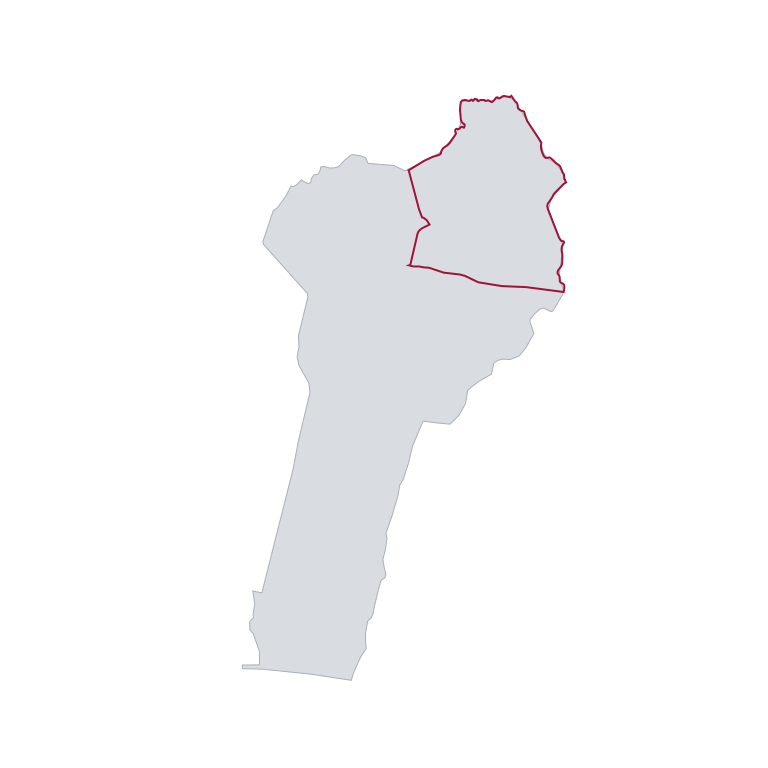 location of Alibori within Benin, rotated 14°
{"feature_id": "BEN-2170", "entity_name": "Alibori", "entity_type": "Department", "adm_level": 1, "iso_a3": "BEN", "parent_name": "Benin", "parent_adm1": "", "projection": "orthographic", "projection_center": [2.909, 11.459], "detail": "fine", "context": "in_parent", "style": "outline", "palette": "rose", "viewbox_px": 768, "rotation_deg": 14, "n_neighbors": 0, "source": "natural_earth", "source_scale": "10m", "svg_char_len": 4281}
<svg xmlns="http://www.w3.org/2000/svg" viewBox="0 0 768 768"><g transform="rotate(14 384 384)"><path d="M315.6,694.4L314.5,691.0L331.2,686.6L327.7,673.4L317.4,657.8L313.3,655.0L311.2,647.2L313.8,642.1L312.6,638.7L311.7,628.2L306.7,616.6L316.0,616.2L316.1,578.9L316.2,543.1L316.3,512.5L316.4,488.4L314.7,459.4L314.5,438.1L314.2,410.1L310.9,401.3L296.9,386.4L293.1,378.7L292.5,368.5L289.3,358.0L289.2,339.6L289.1,318.2L287.9,314.8L272.7,304.5L251.2,289.9L234.8,278.8L233.6,278.0L232.0,275.2L234.6,242.7L238.1,238.5L243.4,225.1L246.0,214.3L248.4,214.4L251.7,210.9L254.4,205.8L257.2,206.9L262.0,207.9L264.2,206.1L263.9,202.1L265.5,198.1L269.3,196.3L270.3,192.7L270.3,188.5L273.6,187.4L279.1,187.6L283.6,186.3L287.3,184.2L292.0,175.8L294.6,172.9L295.5,170.8L298.1,169.0L305.5,168.2L311.4,168.9L315.2,173.8L340.6,169.6L352.7,172.1L377.4,151.0L383.0,144.8L390.5,129.8L393.1,124.1L395.4,113.8L390.6,94.8L390.9,91.4L401.0,87.3L413.7,84.2L418.6,83.9L421.9,82.3L426.5,78.2L434.0,75.2L438.5,76.2L441.2,76.8L467.9,101.9L479.5,114.6L482.6,121.1L488.6,125.8L497.5,128.6L505.5,135.1L511.8,144.2L507.8,150.7L501.5,164.1L501.3,174.5L516.2,196.5L518.0,198.7L521.8,202.1L523.9,206.2L525.7,217.1L526.8,229.3L528.0,237.5L535.2,249.0L535.7,253.7L530.7,270.9L529.6,272.8L528.3,273.3L520.5,271.8L517.2,273.7L513.0,279.6L510.4,285.4L510.3,287.8L517.2,298.7L512.9,314.4L508.4,324.1L500.5,329.7L493.4,331.1L488.4,333.7L485.5,337.1L485.9,348.3L475.4,358.6L469.6,365.7L466.8,370.0L467.9,383.2L464.2,396.5L457.7,407.0L443.1,409.2L430.9,410.5L426.7,437.3L426.9,454.2L425.8,471.5L423.7,478.5L424.6,488.4L423.6,510.8L422.0,528.5L424.2,533.2L425.4,543.6L425.3,554.4L428.5,561.8L431.9,568.3L431.8,571.7L429.9,573.8L428.4,576.5L428.4,601.8L429.0,609.4L428.1,614.2L425.5,618.1L426.5,630.9L428.6,639.1L430.8,645.1L428.7,650.1L426.9,656.7L424.1,673.5L424.0,679.4L382.0,683.4L335.2,690.1L315.6,694.4Z" fill="#d9dde1" stroke="#a8b0b8" stroke-width="1"/><path d="M511.9,144.3L509.8,146.6L502.9,158.3L501.8,162.8L501.2,164.4L499.2,169.8L499.4,172.1L500.8,174.8L518.6,199.9L521.0,202.1L521.8,202.3L522.7,202.1L522.8,202.1L523.6,202.1L524.5,202.9L523.5,206.8L523.5,209.0L523.9,211.0L524.6,212.9L525.6,214.6L527.7,223.6L527.6,226.5L525.4,231.8L525.3,233.6L525.8,234.8L526.6,235.6L527.5,236.3L528.3,237.2L528.7,238.3L529.7,241.6L530.6,242.7L531.9,243.1L533.3,243.3L534.5,244.0L535.5,246.0L536.0,248.9L536.0,251.3L535.9,251.3L498.5,255.6L474.7,260.5L450.8,262.5L436.4,259.5L431.0,259.4L415.1,261.5L399.5,260.3L394.5,261.2L389.5,261.5L384.3,262.8L379.6,262.8L380.7,262.1L380.2,230.1L380.4,228.5L380.8,227.2L381.8,225.5L383.8,223.2L389.6,218.3L386.4,215.2L385.3,214.4L385.0,214.3L384.6,214.2L384.1,214.0L383.6,213.7L382.7,213.3L381.5,213.1L380.6,213.1L375.7,206.0L356.6,171.3L356.1,170.8L369.1,157.6L376.4,151.7L381.6,148.7L383.0,147.4L383.4,146.4L383.3,145.3L383.4,143.6L384.4,140.7L388.2,136.5L389.6,133.9L393.2,124.1L393.0,123.1L391.8,121.4L391.7,120.3L392.3,119.0L393.1,118.8L394.0,118.9L394.9,118.6L395.5,117.9L396.3,116.4L397.0,115.7L398.0,115.6L399.0,116.0L399.7,115.8L399.8,114.1L399.6,112.9L399.0,112.4L398.0,112.2L397.0,111.7L396.0,110.9L395.3,110.0L394.7,109.0L391.4,99.6L390.5,94.0L390.4,91.7L391.3,90.0L393.6,88.9L395.0,88.7L397.2,88.8L398.5,88.7L398.7,88.4L399.5,87.3L400.1,86.9L400.8,87.1L401.3,87.7L401.8,87.8L402.4,86.8L402.9,85.5L403.6,85.3L404.5,85.4L405.6,85.4L405.9,85.7L406.1,86.2L406.4,86.7L407.1,86.6L407.7,86.3L408.6,85.4L409.0,85.1L412.5,84.2L412.9,84.3L413.7,84.8L414.2,84.8L414.8,84.5L416.0,83.6L416.7,83.5L420.1,84.4L421.0,83.9L422.4,81.7L422.7,81.0L422.9,80.2L423.2,79.5L423.7,78.9L424.8,78.4L425.8,79.2L426.9,78.9L427.8,78.2L429.3,76.3L430.4,75.6L431.4,75.4L433.4,75.4L434.4,75.2L436.7,75.2L437.9,73.6L442.6,77.9L444.6,78.9L445.6,80.0L446.3,81.3L447.0,83.5L447.8,84.4L448.8,84.9L450.0,85.4L453.3,85.7L454.1,86.0L454.5,86.5L455.4,88.4L459.4,94.3L476.3,109.8L476.6,110.3L478.0,111.3L478.3,111.9L478.5,114.0L479.0,116.3L479.7,118.1L482.0,121.9L483.4,123.6L484.2,124.4L485.4,125.2L486.8,125.5L488.1,124.9L489.5,124.1L490.7,124.3L491.7,124.9L492.8,125.3L497.2,128.0L500.8,129.3L501.9,130.1L502.7,130.8L506.1,135.5L506.7,136.1L507.3,136.5L507.7,136.9L508.1,137.7L508.6,139.2L508.9,140.0L509.1,140.9L509.5,141.7L510.3,142.1L511.2,143.7L511.9,144.3Z" fill="none" stroke="#9f1239" stroke-width="2"/></g></svg>